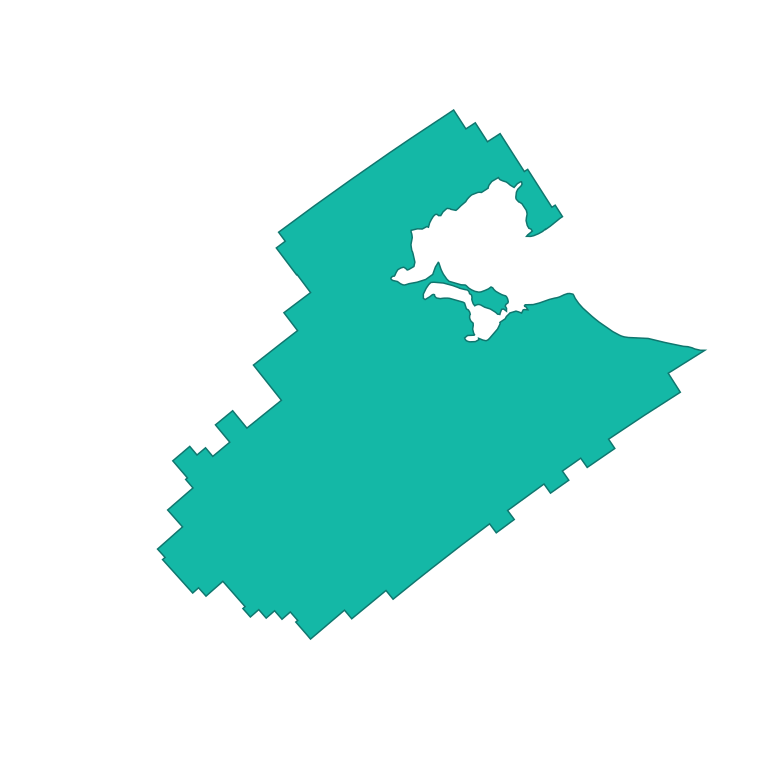 Northwest Arctic, Alaska, United States of America (Albers equal-area conic projection), rotated 145°
{"feature_id": "52423323B69219161179389", "entity_name": "Northwest Arctic", "entity_type": "district", "adm_level": 2, "iso_a3": "USA", "parent_name": "United States of America", "parent_adm1": "Alaska", "projection": "albers", "projection_center": [-161.672, 66.866], "detail": "fine", "context": "isolated", "style": "filled", "palette": "teal", "viewbox_px": 768, "rotation_deg": 145, "n_neighbors": 0, "source": "geoboundaries", "source_scale": "gbopen_adm2", "svg_char_len": 4671}
<svg xmlns="http://www.w3.org/2000/svg" viewBox="0 0 768 768"><g transform="rotate(145 384 384)"><path d="M394.2,557.2L393.0,523.5L392.4,523.5L391.7,501.0L425.1,499.8L424.2,477.3L445.0,476.3L480.1,474.4L477.4,429.5L521.6,426.5L523.3,448.9L545.5,447.2L545.3,444.3L543.7,424.8L565.8,422.9L566.8,434.1L577.9,433.1L578.9,444.3L601.1,442.2L598.9,419.8L601.2,419.6L600.1,408.4L633.5,404.9L631.0,382.5L664.2,378.7L662.8,367.5L666.1,367.2L660.6,322.5L652.8,323.4L651.5,312.3L629.2,314.8L625.5,281.3L628.4,281.0L627.1,269.8L616.0,271.0L614.8,259.8L603.7,261.0L602.5,249.8L591.5,251.0L590.3,239.8L592.8,239.6L590.9,221.7L590.5,217.2L546.1,221.4L545.1,210.2L500.8,213.7L500.0,202.5L469.4,204.6L450.7,205.7L413.3,207.6L377.7,208.9L377.4,197.7L355.0,198.3L355.3,209.5L310.3,210.3L310.2,199.1L287.8,199.2L287.8,210.4L265.4,210.4L265.4,199.1L231.9,198.8L231.7,210.0L188.6,209.0L146.0,207.3L145.0,229.8L101.9,227.6L105.4,230.1L109.3,234.4L110.9,237.0L113.7,240.3L117.1,243.1L124.1,250.5L130.1,256.9L141.5,269.8L157.0,281.8L160.1,284.7L161.8,286.8L163.1,288.9L166.5,295.6L172.3,311.3L173.4,315.0L174.8,320.0L177.6,332.3L178.3,338.3L178.3,341.6L178.3,344.4L177.7,347.8L177.7,349.2L179.8,351.5L181.6,352.7L185.3,353.8L190.1,354.6L192.9,355.5L195.0,356.5L200.0,358.4L210.1,361.2L216.3,363.5L222.9,367.9L224.1,367.5L224.2,366.9L223.4,365.6L223.6,362.3L226.4,364.5L227.4,364.9L230.6,363.2L232.4,365.9L234.1,368.0L240.2,370.0L241.9,369.6L245.0,369.1L247.3,367.9L253.5,368.0L253.8,367.9L253.8,367.3L254.9,366.4L259.4,363.9L271.1,360.9L273.3,360.5L274.0,360.6L275.3,360.8L275.9,361.2L277.9,363.4L280.3,367.2L281.0,365.9L284.8,366.3L289.5,369.3L290.8,370.7L291.8,372.4L291.8,374.4L291.6,375.5L287.7,375.8L282.2,372.3L281.6,372.4L281.5,372.6L281.6,373.1L281.3,374.5L279.9,378.1L277.3,380.8L276.1,382.7L276.7,385.5L276.5,387.3L276.0,389.0L274.5,391.0L273.4,391.5L272.6,393.7L272.4,396.2L273.4,398.3L271.6,404.1L272.3,405.7L281.2,416.6L282.7,417.9L286.1,420.2L289.0,421.7L291.7,424.4L292.1,426.6L291.9,427.3L291.5,427.8L291.5,428.3L292.1,429.0L292.8,429.3L293.6,429.4L296.4,429.2L301.9,429.6L302.6,431.6L300.2,435.1L294.6,438.2L290.4,439.8L287.4,440.3L284.8,438.8L277.5,432.7L271.3,425.3L267.8,420.3L267.0,418.9L263.7,415.1L261.9,413.3L261.6,412.6L261.4,410.9L262.1,408.9L261.3,407.1L261.6,405.8L262.0,405.0L262.5,404.1L263.4,403.2L264.0,401.8L264.9,398.6L264.8,396.0L263.0,395.8L261.8,395.4L260.6,394.7L259.5,393.4L257.5,389.2L253.9,384.5L251.8,379.6L251.3,378.1L250.9,376.1L249.2,374.5L248.0,375.6L244.8,377.7L243.0,376.8L241.9,373.4L240.2,375.7L240.0,378.3L238.4,379.3L235.9,379.4L235.0,380.2L234.3,381.8L233.8,383.3L233.6,385.2L233.7,385.8L233.8,386.3L234.2,386.9L235.2,388.1L236.3,389.7L237.7,392.4L239.3,395.9L239.8,398.4L239.8,399.6L239.8,400.5L240.7,402.1L243.8,402.0L247.5,402.7L251.7,403.8L253.7,404.9L256.4,407.8L258.2,410.8L259.0,412.6L259.6,414.1L260.0,416.3L260.4,417.9L260.7,418.5L263.9,421.0L271.8,430.8L272.4,433.8L272.4,440.0L271.9,443.4L271.5,445.4L269.6,451.8L269.8,452.5L274.7,450.4L281.2,445.8L289.9,445.7L298.5,448.4L305.9,451.8L308.8,452.7L310.6,453.4L311.7,454.5L312.7,456.2L313.2,457.2L314.2,460.2L317.5,463.9L317.7,464.3L318.0,465.9L318.0,466.3L317.8,466.6L317.5,466.8L315.6,467.3L314.7,467.1L313.9,466.5L312.9,466.7L309.9,468.5L307.1,469.7L303.7,469.4L301.1,468.5L300.7,468.1L300.1,466.5L299.8,465.6L299.6,464.1L298.2,463.6L292.1,463.1L288.8,466.1L285.4,474.3L284.8,476.2L284.7,477.3L282.7,481.4L281.9,482.8L276.9,487.7L275.6,490.1L274.9,491.8L274.7,492.9L273.6,494.3L267.7,492.0L263.7,489.0L258.6,488.4L258.2,488.1L257.8,487.0L257.7,486.9L254.2,489.8L250.8,491.6L247.5,493.0L245.4,493.4L244.3,493.3L243.2,492.5L242.7,490.6L240.9,489.4L237.0,491.1L232.2,491.7L231.5,491.6L229.5,489.8L229.2,489.3L229.1,488.8L225.5,485.0L223.4,485.1L218.9,485.9L212.5,486.5L209.9,487.6L207.4,488.2L204.6,488.6L203.4,488.6L197.2,487.1L195.8,486.3L194.3,485.0L186.3,484.7L185.9,485.3L183.9,486.7L179.5,488.1L171.9,487.5L171.9,485.8L171.7,484.7L170.2,482.3L168.0,479.4L167.3,477.5L166.5,474.4L164.7,470.4L159.8,471.6L156.1,471.3L155.6,471.1L155.4,470.8L156.2,468.6L157.9,467.7L162.7,466.8L165.5,465.2L168.8,461.5L169.6,460.0L169.6,458.9L169.2,455.8L168.7,455.3L167.6,452.5L167.8,444.7L168.8,442.1L169.5,440.9L171.9,438.6L173.9,436.3L175.7,431.7L175.8,430.7L176.0,428.4L174.8,426.8L174.8,424.2L180.9,423.7L182.5,423.2L179.2,420.8L176.3,419.6L171.3,418.5L166.6,418.0L163.3,418.3L163.4,418.1L163.3,417.9L157.4,417.9L144.4,418.8L141.8,418.7L141.2,432.3L145.1,432.5L143.2,477.4L147.2,477.6L145.3,522.5L160.3,523.1L159.4,545.6L170.6,546.0L169.8,568.5L220.1,569.8L246.7,570.2L293.9,570.3L338.4,569.9L383.3,568.8L383.0,557.6L394.2,557.2Z" fill="#14b8a6" stroke="#0f766e" stroke-width="1.5"/></g></svg>